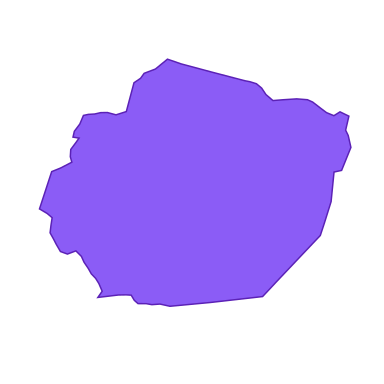 the district of Lagoa dos Gatos, Pernambuco, Brazil, rotated 193°
{"feature_id": "56859067B58434745416695", "entity_name": "Lagoa dos Gatos", "entity_type": "district", "adm_level": 2, "iso_a3": "BRA", "parent_name": "Brazil", "parent_adm1": "Pernambuco", "projection": "albers", "projection_center": [-35.881, -8.68], "detail": "fine", "context": "isolated", "style": "filled", "palette": "violet", "viewbox_px": 384, "rotation_deg": 193, "n_neighbors": 0, "source": "geoboundaries", "source_scale": "gbopen_adm2", "svg_char_len": 1107}
<svg xmlns="http://www.w3.org/2000/svg" viewBox="0 0 384 384"><g transform="rotate(193 192 192)"><path d="M260.0,68.1L240.5,75.1L232.9,77.0L228.0,77.8L223.9,73.5L219.5,71.1L211.4,72.9L205.8,73.2L198.0,75.6L187.8,75.7L149.2,88.5L109.0,102.7L99.7,106.0L93.3,117.0L89.9,122.9L57.2,178.5L56.0,191.7L54.3,213.9L58.1,243.4L51.1,246.7L47.2,271.2L52.5,282.2L56.2,286.8L56.2,294.0L56.2,301.2L65.8,303.4L70.9,298.3L78.8,299.6L86.0,302.8L94.7,306.8L100.3,307.9L110.9,306.3L123.6,302.5L133.7,299.3L141.9,303.6L147.5,308.9L153.6,312.0L160.6,312.5L165.5,312.3L200.4,313.3L231.6,314.4L245.8,315.9L255.3,303.6L265.3,296.9L267.7,291.2L273.1,285.4L274.1,255.6L283.4,250.1L292.4,250.4L298.8,248.8L304.4,246.1L310.5,244.3L315.0,242.2L316.6,233.0L320.3,224.7L320.3,218.7L314.2,219.1L316.1,214.4L319.7,206.2L318.5,199.0L315.8,194.0L325.6,185.7L333.3,180.3L336.8,141.2L328.3,138.5L322.5,135.5L321.9,127.7L321.1,120.3L316.4,115.1L312.6,110.6L306.8,104.4L299.4,103.5L291.9,108.5L285.3,104.4L281.4,99.3L275.8,94.1L271.7,89.6L266.5,86.2L262.2,81.9L257.2,75.1L260.0,68.1Z" fill="#8b5cf6" stroke="#5b21b6" stroke-width="1.5"/></g></svg>